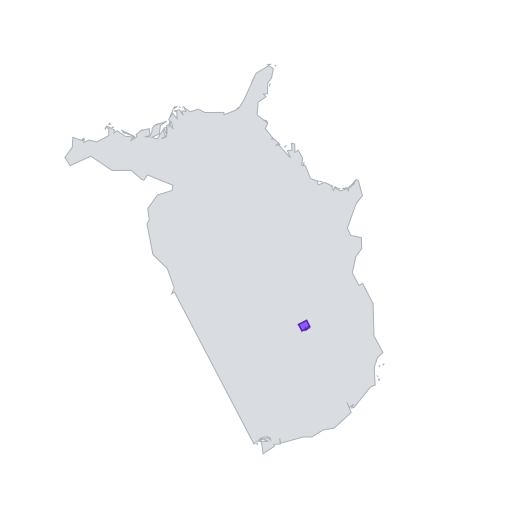 location of Grand, Utah, United States of America, rotated 243°
{"feature_id": "52423323B60720449434495", "entity_name": "Grand", "entity_type": "district", "adm_level": 2, "iso_a3": "USA", "parent_name": "United States of America", "parent_adm1": "Utah", "projection": "albers", "projection_center": [-109.925, 39.0], "detail": "fine", "context": "in_parent", "style": "filled", "palette": "violet", "viewbox_px": 512, "rotation_deg": 243, "n_neighbors": 0, "source": "geoboundaries", "source_scale": "gbopen_adm2", "svg_char_len": 4803}
<svg xmlns="http://www.w3.org/2000/svg" viewBox="0 0 512 512"><g transform="rotate(243 256 256)"><path d="M397.5,166.6L419.9,154.2L420.9,131.4L430.7,130.5L436.3,141.7L444.9,146.7L437.5,153.8L438.0,156.1L435.3,154.1L435.2,159.7L429.8,166.1L430.2,179.6L436.3,182.7L438.7,180.9L437.0,179.0L438.3,179.6L439.6,182.0L432.6,187.1L430.0,185.2L430.8,189.1L422.1,193.8L417.2,201.4L416.8,198.4L415.5,197.0L416.2,204.0L418.5,204.3L420.0,209.9L418.0,218.7L411.4,216.4L412.7,210.9L410.5,215.3L413.7,219.5L416.8,221.4L418.4,224.3L416.7,237.8L415.8,230.1L408.6,225.3L409.0,217.1L405.2,221.1L410.7,230.8L405.0,229.4L403.5,230.3L403.8,226.5L403.3,225.6L402.7,228.7L403.4,230.9L411.9,232.2L411.0,234.7L406.5,232.3L405.1,232.1L410.7,235.0L412.7,235.2L412.6,238.2L409.8,236.9L414.6,239.6L414.0,240.5L411.6,239.1L406.9,239.8L413.7,241.5L417.0,240.1L424.0,248.3L418.3,242.1L421.0,246.5L414.2,248.0L420.6,250.9L422.4,248.7L421.1,254.1L414.3,254.9L418.9,255.8L416.5,259.2L420.9,259.3L414.3,262.9L413.1,271.2L407.1,275.5L398.5,292.6L396.3,291.7L395.1,305.0L395.6,308.0L400.6,316.2L418.8,339.1L419.8,353.9L415.0,356.4L407.6,350.7L404.7,344.9L395.4,340.0L396.8,336.1L393.4,337.3L392.1,327.7L381.1,321.0L368.9,326.8L365.2,322.0L352.5,324.9L353.6,322.4L351.9,325.1L346.4,327.5L345.3,323.3L345.0,326.5L327.8,331.3L335.7,331.8L334.0,336.2L340.5,338.6L338.1,341.3L330.6,337.7L331.1,341.7L322.0,341.9L316.1,337.9L313.7,341.1L300.2,339.6L293.7,346.3L295.4,344.5L291.1,343.8L290.2,350.8L283.0,356.4L284.6,354.8L279.3,354.9L281.5,356.9L275.8,360.6L274.5,368.4L271.6,367.6L274.2,369.3L275.6,376.0L278.7,379.8L277.0,381.5L261.5,378.2L256.9,368.6L239.3,350.1L231.4,349.7L224.5,358.2L214.7,353.6L210.0,344.5L197.2,334.1L183.0,334.4L183.1,338.6L160.4,338.7L131.4,324.9L112.4,325.3L110.3,318.0L102.8,310.6L86.9,303.6L87.4,298.6L76.5,274.5L77.2,272.1L79.6,275.5L78.4,270.3L84.3,270.7L73.4,269.8L67.1,247.5L70.6,236.6L69.4,223.6L73.3,216.0L78.0,193.0L82.9,194.3L77.6,192.3L80.0,186.3L78.1,186.1L76.6,172.5L88.3,176.6L85.1,183.1L89.6,178.8L88.5,184.5L85.4,185.5L87.5,186.0L90.0,184.0L91.5,178.2L89.4,168.8L261.0,167.0L260.5,163.6L264.8,168.7L285.1,171.3L304.0,164.8L334.3,173.5L336.6,177.3L347.5,181.1L355.1,196.1L352.4,210.8L356.7,214.1L377.5,196.1L374.5,190.6L376.3,188.8L389.0,183.7L397.5,166.6ZM425.9,195.2L429.6,192.9L417.3,202.4L426.8,193.2L425.9,195.2ZM89.6,174.5L90.7,178.3L90.5,178.9L88.7,175.8L89.6,174.5ZM278.2,378.7L275.4,373.0L275.1,369.5L275.9,373.1L278.2,378.7ZM438.6,153.7L439.3,155.5L438.6,155.4L438.6,153.7ZM316.6,339.7L317.3,341.0L315.6,340.2L316.6,339.7ZM92.7,310.0L94.6,309.5L92.7,310.0ZM90.7,309.3L89.8,310.2L89.3,309.2L90.7,309.3ZM436.3,185.8L435.7,187.4L435.3,187.2L436.3,185.8ZM275.8,366.2L275.1,369.1L277.0,363.5L275.8,366.2ZM413.1,331.4L416.6,336.0L412.6,331.1L413.1,331.4ZM101.9,315.6L102.6,317.1L101.8,315.7L101.9,315.6ZM420.9,354.4L419.9,356.6L421.4,352.3L420.9,354.4ZM425.8,251.3L425.0,253.9L424.4,248.6L425.8,251.3ZM88.3,171.3L88.2,172.3L87.6,171.7L88.3,171.3ZM281.7,358.0L279.1,359.6L281.7,357.6L281.7,358.0ZM440.2,184.6L440.7,185.9L439.4,186.1L440.2,184.6ZM101.5,319.7L102.0,321.5L101.2,319.9L101.5,319.7ZM278.5,360.8L277.5,361.6L278.3,360.4L278.5,360.8ZM418.6,226.7L418.0,230.0L418.5,225.6L418.6,226.7ZM293.1,347.6L291.4,349.0L293.7,346.7L293.1,347.6ZM395.9,306.3L396.3,308.5L395.6,307.1L395.9,306.3ZM421.6,259.4L421.2,260.0L422.2,257.8L421.6,259.4ZM373.4,325.1L371.6,326.8L370.6,326.8L373.4,325.1ZM345.4,327.3L345.1,327.8L343.9,328.0L345.4,327.3ZM402.4,345.8L403.2,347.2L401.9,345.6L402.4,345.8ZM340.6,331.7L340.6,333.2L339.9,330.7L340.6,331.7ZM417.1,359.7L416.0,360.2L417.5,359.2L417.1,359.7ZM420.1,211.0L419.8,212.6L420.0,210.3L420.1,211.0ZM423.9,254.8L423.4,255.6L423.2,255.6L423.9,254.8Z" fill="#d9dde1" stroke="#a8b0b8" stroke-width="1"/><path d="M175.7,271.9L175.7,271.0L175.7,269.9L175.7,269.1L175.7,268.4L175.7,268.1L175.7,267.8L175.7,267.2L175.7,266.1L175.7,263.8L175.6,262.6L175.4,262.6L175.3,262.8L175.2,262.9L169.1,262.9L168.6,262.9L168.7,263.0L168.6,263.3L168.6,263.7L168.6,264.0L168.4,264.2L168.4,264.4L168.4,264.5L168.2,264.7L168.4,264.8L168.4,265.1L168.2,265.2L168.3,265.4L168.2,265.5L168.0,265.8L168.1,266.0L167.9,266.4L167.7,266.5L167.8,266.7L167.7,267.0L167.8,267.0L167.7,267.1L167.8,267.2L167.7,267.3L167.8,267.2L168.1,267.2L168.1,267.4L168.4,267.4L168.5,267.3L168.5,267.5L168.8,267.6L168.5,267.7L168.4,267.6L168.0,267.5L168.0,267.4L167.7,267.5L167.8,267.6L167.7,268.0L167.6,268.3L167.8,268.6L167.8,268.8L168.0,269.0L167.9,269.2L168.0,269.3L168.2,269.5L168.0,269.9L168.0,270.0L167.9,270.0L168.0,270.0L168.1,270.3L168.3,270.4L168.3,270.5L168.5,270.5L168.4,270.6L168.4,270.9L168.4,271.0L168.5,270.9L168.8,270.8L168.8,271.0L168.7,271.1L168.4,271.1L168.5,271.2L168.7,271.3L168.8,271.3L168.8,271.6L168.7,271.8L172.6,271.9L175.7,271.9Z" fill="#8b5cf6" stroke="#5b21b6" stroke-width="1.5"/></g></svg>